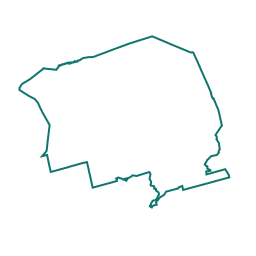 Popes pag., Ventspils, Latvia, rotated 162°
{"feature_id": "27541924B60510236800280", "entity_name": "Popes pag.", "entity_type": "district", "adm_level": 2, "iso_a3": "LVA", "parent_name": "Latvia", "parent_adm1": "Ventspils", "projection": "natural_earth1", "projection_center": [21.892, 57.437], "detail": "fine", "context": "isolated", "style": "outline", "palette": "teal", "viewbox_px": 256, "rotation_deg": 162, "n_neighbors": 0, "source": "geoboundaries", "source_scale": "gbopen_adm2", "svg_char_len": 4555}
<svg xmlns="http://www.w3.org/2000/svg" viewBox="0 0 256 256"><g transform="rotate(162 128 128)"><path d="M76.7,207.7L77.7,207.7L88.1,207.8L100.8,207.9L118.7,207.2L128.7,206.7L135.1,206.5L136.1,206.4L137.6,206.3L139.5,206.3L143.3,207.5L148.5,208.3L150.9,208.1L151.3,207.9L152.2,207.5L153.1,207.6L154.0,207.3L155.4,207.2L155.4,207.3L155.6,207.2L155.6,207.3L155.9,207.3L156.0,207.3L156.3,207.1L156.5,207.2L156.4,207.0L156.5,207.0L156.8,207.3L157.1,207.1L157.5,207.1L157.4,207.3L157.6,207.3L157.8,207.5L157.9,207.3L157.9,207.2L158.0,207.2L158.3,207.3L158.2,207.4L158.3,207.5L158.5,207.6L158.7,207.4L158.8,207.3L159.0,207.4L159.3,207.6L159.6,207.5L159.8,207.3L160.0,207.3L160.1,207.2L160.3,207.3L160.4,207.5L160.5,207.6L160.4,207.6L160.7,207.6L161.0,207.5L161.4,207.7L161.5,207.6L161.6,207.8L161.8,207.8L161.7,207.7L161.8,207.6L162.0,207.7L162.1,207.8L162.2,207.7L162.3,207.7L162.5,207.7L162.4,207.9L162.6,207.9L162.9,207.9L162.9,208.0L163.1,208.0L163.3,208.1L163.3,207.9L163.5,207.9L163.6,207.7L163.7,207.8L163.8,207.9L164.1,207.8L164.1,207.7L164.2,207.8L164.3,207.7L164.5,207.8L164.7,208.0L164.8,207.9L164.7,208.1L165.1,208.2L165.3,208.1L165.4,208.3L165.5,208.4L165.8,208.5L165.7,208.6L165.8,208.6L166.0,208.5L166.3,208.7L166.5,208.6L166.8,208.6L167.0,208.6L167.3,208.7L167.5,208.5L167.8,208.7L168.0,208.4L168.3,208.5L168.5,208.5L168.7,208.4L168.9,208.5L169.1,208.5L169.3,208.6L169.6,208.5L169.8,208.5L170.0,208.6L170.3,208.6L170.4,208.8L170.5,208.7L170.4,208.6L170.5,208.5L170.9,208.6L171.0,208.7L171.3,208.6L171.5,208.6L171.9,208.7L172.0,208.5L172.3,208.5L172.8,208.5L172.7,208.5L172.8,208.3L173.0,208.3L173.0,208.2L173.1,208.4L173.3,208.4L173.4,208.5L173.5,208.5L173.8,208.5L173.7,208.6L173.7,208.8L173.8,208.8L173.9,208.6L174.1,208.8L174.2,208.7L174.3,208.6L174.5,208.5L174.6,208.3L174.9,208.2L174.9,207.9L175.3,207.6L175.6,207.5L175.9,207.0L176.3,206.8L176.4,206.6L176.6,206.5L177.1,206.3L177.4,206.1L178.1,205.5L189.2,210.4L189.4,210.8L190.2,210.9L190.9,210.3L200.6,206.7L206.1,204.7L207.5,204.4L210.4,203.7L214.8,202.7L215.3,202.5L217.2,201.0L217.4,200.8L218.8,199.6L219.5,197.8L218.2,196.2L214.4,191.5L211.2,187.9L209.5,186.2L207.7,184.3L205.8,179.5L205.8,179.4L205.3,174.3L204.7,170.6L204.6,169.7L203.3,163.2L201.6,155.0L205.1,147.6L206.5,144.5L207.6,142.2L208.7,139.8L208.8,139.7L211.0,134.5L211.8,132.8L212.6,131.3L218.3,127.7L213.3,127.4L215.1,110.1L199.2,109.3L196.6,109.2L195.8,109.3L187.8,108.9L181.3,108.7L180.6,108.4L177.6,108.3L178.0,102.8L178.4,99.6L179.7,85.5L180.0,82.2L155.0,81.0L154.8,82.7L154.5,82.7L154.7,83.6L154.1,83.5L152.7,84.0L150.8,82.5L149.3,81.7L148.7,80.6L148.0,80.4L146.0,78.4L144.6,79.4L146.2,80.6L142.1,80.4L139.8,80.8L138.5,81.6L138.3,81.6L134.7,79.7L131.8,79.7L121.4,79.5L120.9,78.5L121.0,76.9L121.9,75.3L123.2,73.0L123.2,72.8L123.1,71.8L123.0,71.6L122.9,71.3L122.7,70.5L122.7,69.7L122.7,69.3L122.8,69.1L123.1,68.6L123.8,67.4L124.2,66.9L124.2,66.7L124.1,66.2L123.5,65.9L121.6,64.8L121.3,64.6L121.2,64.0L121.4,63.8L121.4,63.2L121.6,62.9L121.9,62.4L121.9,62.2L120.4,61.7L120.2,61.5L120.2,61.3L120.2,61.1L120.7,59.9L120.7,59.7L119.9,58.8L119.3,58.0L118.9,57.3L118.9,57.0L118.9,56.7L118.9,56.1L119.0,55.9L119.1,55.1L119.2,54.9L119.4,54.7L120.6,54.0L122.4,51.7L122.6,51.6L122.9,51.6L123.7,51.3L124.9,50.9L126.2,51.2L126.6,51.2L127.6,50.7L127.9,50.4L128.5,49.8L129.1,49.4L130.0,48.0L131.1,47.4L131.4,47.1L131.4,46.7L131.0,46.5L130.9,46.3L130.5,45.6L130.3,45.4L129.9,45.1L129.6,45.5L129.3,46.3L128.0,46.3L127.2,46.3L126.0,46.4L124.4,46.2L124.4,48.5L122.8,49.7L119.3,52.0L114.3,53.3L111.4,55.7L98.8,55.0L98.5,55.7L98.1,55.9L94.3,56.1L94.6,53.1L94.7,52.1L63.9,50.5L60.0,50.4L46.9,49.7L46.9,51.5L46.6,51.9L48.3,58.8L53.9,59.0L63.5,59.4L65.6,59.6L67.7,59.6L67.0,62.5L62.8,61.9L62.8,62.6L63.1,63.1L63.3,63.2L63.6,63.3L63.9,63.6L64.5,64.3L64.9,64.5L65.1,64.9L64.9,65.7L64.3,66.7L64.3,67.0L64.5,67.2L65.3,67.5L65.5,68.0L65.7,68.6L65.9,68.8L66.1,69.2L66.2,69.8L65.6,70.4L64.8,70.8L64.5,71.3L64.0,71.6L63.0,72.6L62.6,73.0L62.0,73.3L57.6,75.5L51.9,74.9L51.6,74.9L51.4,75.0L50.9,75.4L50.2,76.0L49.5,76.3L49.2,76.5L49.3,77.3L48.5,78.5L47.6,79.0L47.3,79.5L46.2,85.6L47.3,90.1L46.7,90.6L46.3,92.5L47.0,94.2L46.2,94.9L39.4,100.3L37.9,101.3L37.6,105.3L36.7,114.2L36.7,114.4L36.6,115.0L36.7,115.3L36.6,116.5L36.5,117.7L37.5,129.0L37.4,129.0L37.5,129.9L38.3,130.0L38.5,132.6L38.4,135.5L38.1,135.6L38.7,143.1L39.4,149.7L39.6,151.5L40.8,162.7L40.9,164.5L41.4,168.7L41.5,170.2L42.2,176.1L42.3,176.7L42.4,177.2L42.4,178.6L42.9,180.0L44.8,180.4L45.2,180.6L60.9,194.0L65.2,197.8L76.7,207.7Z" fill="none" stroke="#0f766e" stroke-width="2"/></g></svg>